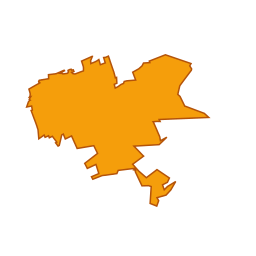 San Pedro, Coahuila, Mexico (Equal Earth projection), rotated 64°
{"feature_id": "50627088B25714720769629", "entity_name": "San Pedro", "entity_type": "district", "adm_level": 2, "iso_a3": "MEX", "parent_name": "Mexico", "parent_adm1": "Coahuila", "projection": "equal_earth", "projection_center": [-102.858, 26.125], "detail": "fine", "context": "isolated", "style": "filled", "palette": "amber", "viewbox_px": 256, "rotation_deg": 64, "n_neighbors": 0, "source": "geoboundaries", "source_scale": "gbopen_adm2", "svg_char_len": 4445}
<svg xmlns="http://www.w3.org/2000/svg" viewBox="0 0 256 256"><g transform="rotate(64 128 128)"><path d="M87.5,209.3L90.0,209.6L98.6,212.9L97.6,206.5L100.0,206.6L100.1,204.8L100.1,204.7L100.1,202.8L102.3,203.0L102.3,199.6L105.5,199.0L109.5,198.2L109.6,199.6L110.4,199.4L113.6,198.8L113.5,197.4L105.2,190.6L105.1,188.8L110.4,189.2L110.4,182.2L110.5,182.2L110.8,182.2L111.0,182.2L111.3,182.2L111.4,182.3L111.6,182.3L111.9,182.3L112.0,182.3L112.3,182.3L112.6,182.3L112.9,182.3L113.0,182.3L113.3,182.3L113.5,182.3L113.8,182.3L114.1,182.3L114.4,182.4L114.5,182.4L114.8,182.4L115.0,182.4L115.3,182.4L115.6,182.4L115.8,182.4L116.0,182.4L116.3,182.4L116.6,182.4L116.9,182.4L117.0,182.4L117.2,182.5L117.3,182.5L117.5,182.5L117.8,182.5L118.0,182.5L118.3,182.5L118.5,182.5L118.8,182.5L119.1,182.5L119.4,182.5L119.5,182.5L119.8,182.5L120.0,182.5L120.3,182.6L120.6,182.6L120.9,182.6L121.0,182.6L121.3,182.6L121.6,182.6L121.9,182.6L122.0,182.6L122.3,182.6L122.5,182.6L122.8,182.6L123.1,182.7L123.4,182.7L123.5,182.7L123.8,182.7L124.1,182.7L127.4,171.5L128.9,166.5L137.5,166.5L140.8,182.4L144.2,182.3L146.5,182.3L146.7,172.8L148.3,173.0L156.2,174.2L156.0,178.1L156.0,178.4L155.8,182.2L158.6,182.1L158.9,178.5L159.4,172.2L159.8,170.9L160.6,168.8L161.3,166.6L161.9,164.7L162.5,162.9L163.0,161.5L163.5,159.8L164.1,158.0L161.8,155.4L164.3,148.1L167.3,139.4L167.6,139.4L168.0,139.4L167.9,140.0L168.3,140.9L168.3,141.0L168.6,140.7L168.9,140.3L168.9,139.9L169.2,139.7L169.4,139.8L169.8,139.8L170.0,140.1L170.4,140.6L186.1,140.8L188.9,134.7L190.8,132.8L205.5,141.2L210.8,136.4L206.8,132.3L203.3,132.5L205.0,123.2L202.4,116.6L197.0,108.6L197.9,118.2L199.4,122.5L194.2,121.9L194.1,116.4L191.1,112.7L178.1,120.2L178.6,122.6L180.7,133.3L171.5,137.2L167.7,138.3L162.6,139.7L160.1,126.3L159.4,126.6L157.9,127.1L146.9,130.6L155.2,110.7L156.6,107.3L153.3,97.1L153.6,103.3L153.6,103.7L153.6,104.4L149.7,103.3L147.3,103.2L144.9,103.1L141.4,102.9L133.9,102.6L133.4,102.7L134.1,100.8L134.8,99.0L136.2,96.3L134.0,96.3L137.4,88.5L153.9,50.8L151.3,51.8L148.3,53.0L133.5,67.0L133.3,67.4L131.9,67.4L122.4,67.4L119.6,68.5L116.0,65.6L112.7,62.9L109.2,56.2L103.9,45.8L102.8,44.9L99.2,45.3L97.7,43.1L78.6,62.3L77.2,79.5L78.8,79.7L76.4,85.6L78.3,88.1L79.3,91.6L79.5,92.2L79.9,99.3L88.3,100.1L85.1,108.3L84.5,111.0L86.0,112.5L85.8,115.0L86.5,119.2L86.5,122.0L82.7,121.2L82.9,118.4L77.5,116.1L77.4,117.4L74.5,116.8L71.4,116.2L70.4,116.1L60.0,114.8L58.8,114.6L54.8,114.1L54.7,117.0L54.0,119.0L59.5,119.9L59.0,125.1L53.7,124.2L54.1,127.0L54.1,129.1L53.8,133.2L52.1,132.4L51.3,132.3L48.0,128.6L47.9,128.7L47.7,135.0L47.5,140.4L48.9,140.6L52.3,141.1L52.6,141.1L53.3,141.3L54.3,141.6L57.1,143.0L57.1,143.5L57.0,144.1L56.7,146.6L56.7,147.2L56.6,148.1L56.4,150.0L56.4,150.5L56.2,151.8L56.2,152.0L55.2,153.4L55.1,153.6L54.8,153.8L53.1,154.4L53.1,154.2L53.5,153.7L53.5,152.9L53.5,152.6L53.5,151.8L53.4,151.8L52.6,151.8L52.1,151.7L51.7,151.7L51.2,153.4L50.3,153.3L49.9,154.6L49.9,155.0L49.9,155.3L49.9,155.6L49.9,155.9L49.8,156.3L49.9,156.6L50.0,156.6L50.6,156.9L50.8,156.8L50.9,156.7L51.0,156.7L51.8,157.2L51.8,157.5L52.3,158.2L52.3,158.4L52.3,158.6L51.6,160.6L51.3,161.6L51.3,161.8L50.9,162.5L50.8,162.8L50.7,162.9L50.6,163.0L50.4,163.2L50.1,163.2L50.0,163.3L49.8,163.5L49.7,163.6L49.6,163.9L49.6,164.1L49.5,164.3L49.4,164.4L49.4,164.5L49.2,164.8L49.1,165.0L48.9,165.3L48.9,164.2L48.8,163.0L48.8,162.6L48.8,162.1L48.8,161.9L48.8,161.7L48.8,161.4L48.7,161.2L48.7,160.8L48.7,160.5L48.7,160.3L48.7,160.0L48.1,160.1L48.0,161.4L48.0,161.7L47.9,163.7L47.9,164.2L47.9,165.1L47.8,165.9L47.8,166.2L47.8,166.5L47.7,168.0L47.7,168.8L47.6,169.0L47.2,170.4L46.8,171.4L46.6,172.1L46.0,173.8L45.9,174.1L45.2,176.1L48.9,177.7L48.6,178.7L47.8,181.5L47.4,182.7L47.3,183.1L47.2,183.4L47.2,183.6L47.0,184.3L46.9,184.4L46.9,184.5L46.8,184.8L46.7,185.0L46.7,185.3L46.6,185.6L46.5,185.9L46.4,186.1L46.2,186.8L46.5,187.3L46.6,187.5L46.9,187.7L47.1,187.9L47.2,188.0L47.3,188.1L47.6,188.1L48.3,187.4L48.5,187.3L48.8,187.4L48.8,187.7L48.9,189.1L49.1,193.1L49.2,193.5L49.2,194.5L49.3,195.9L49.6,200.0L52.5,200.5L53.6,200.7L54.8,201.0L55.2,201.4L55.6,201.7L56.3,201.8L56.9,202.9L57.2,201.6L58.9,204.2L60.1,203.7L60.1,204.5L60.9,206.1L61.6,206.8L63.0,208.2L64.7,209.9L66.0,205.0L68.8,205.8L69.4,205.9L70.0,206.1L70.0,206.4L69.8,207.4L75.9,208.0L78.0,208.2L78.6,208.3L79.4,208.3L80.2,208.4L81.2,208.5L82.1,208.6L82.3,208.6L84.1,208.8L85.7,209.0L87.4,209.2L87.5,209.3Z" fill="#f59e0b" stroke="#b45309" stroke-width="1.5"/></g></svg>